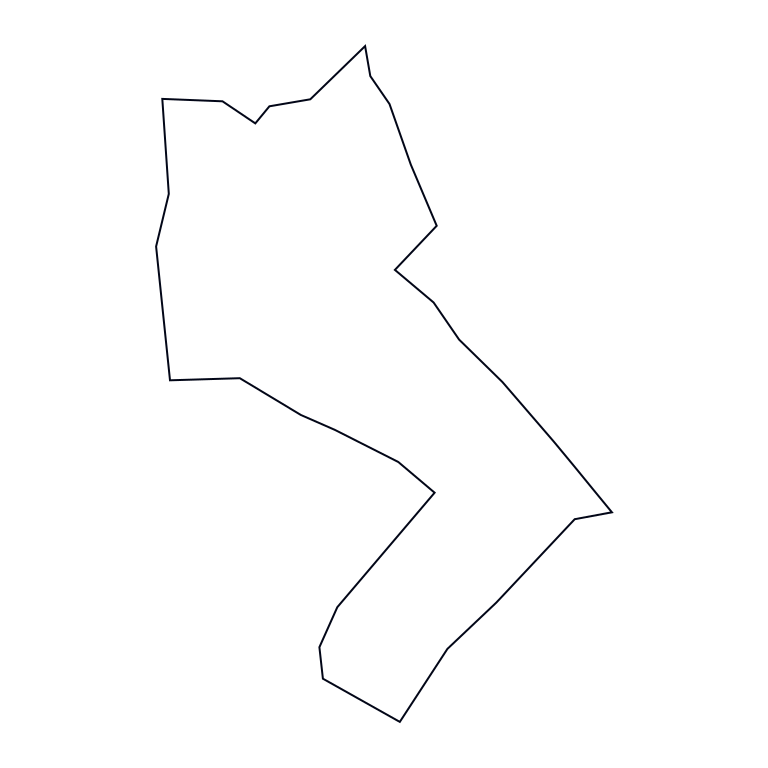 Bayanxangai, Töv, Mongolia
{"feature_id": "93677404B67738090510285", "entity_name": "Bayanxangai", "entity_type": "district", "adm_level": 2, "iso_a3": "MNG", "parent_name": "Mongolia", "parent_adm1": "Töv", "projection": "orthographic", "projection_center": [105.629, 47.811], "detail": "fine", "context": "isolated", "style": "outline", "palette": "ink", "viewbox_px": 768, "rotation_deg": 0, "n_neighbors": 0, "source": "geoboundaries", "source_scale": "gbopen_adm2", "svg_char_len": 543}
<svg xmlns="http://www.w3.org/2000/svg" viewBox="0 0 768 768"><path d="M611.9,512.3L592.7,488.9L573.5,465.4L553.7,441.5L502.4,382.0L459.7,340.2L459.1,339.6L433.6,302.5L394.9,269.9L436.7,225.8L410.8,164.6L389.5,104.0L370.3,76.1L365.1,46.1L310.3,99.3L269.4,106.3L255.3,123.4L222.5,101.3L162.3,98.9L168.8,193.9L156.1,246.5L170.0,380.3L239.8,378.2L300.9,415.0L334.9,429.9L398.3,462.0L434.6,492.7L337.3,607.2L319.4,647.2L322.9,678.7L399.8,721.9L447.4,648.9L496.3,602.6L574.7,519.2L611.9,512.3Z" fill="none" stroke="#020617" stroke-width="2"/></svg>